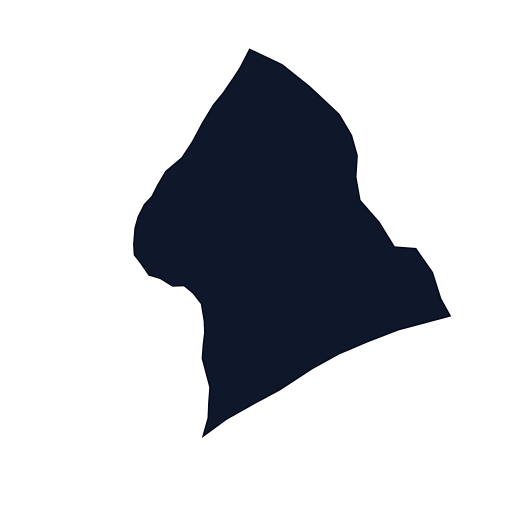 Koutsoventis, Cyprus, rotated 142°
{"feature_id": "46923920B77233656237897", "entity_name": "Koutsoventis", "entity_type": "district", "adm_level": 2, "iso_a3": "CYP", "parent_name": "Cyprus", "parent_adm1": "", "projection": "natural_earth1", "projection_center": [33.428, 35.265], "detail": "fine", "context": "isolated", "style": "filled", "palette": "ink", "viewbox_px": 512, "rotation_deg": 142, "n_neighbors": 0, "source": "geoboundaries", "source_scale": "gbopen_adm2", "svg_char_len": 818}
<svg xmlns="http://www.w3.org/2000/svg" viewBox="0 0 512 512"><g transform="rotate(142 256 256)"><path d="M253.9,378.9L275.0,378.1L290.2,372.1L301.2,366.9L312.2,365.2L324.9,359.2L334.2,352.3L345.2,340.3L351.1,331.7L351.1,321.5L352.0,306.9L345.2,297.4L340.1,283.7L330.8,276.9L328.3,265.7L328.3,252.0L336.7,236.6L343.5,227.1L352.0,218.6L361.3,208.3L367.2,194.6L373.1,180.8L383.2,169.7L393.4,157.7L408.6,146.6L379.7,145.7L348.0,140.9L319.4,136.0L281.3,132.8L251.1,128.0L220.9,119.9L189.2,110.3L139.9,89.3L136.8,108.7L127.2,134.4L125.6,163.4L141.5,177.9L138.3,206.9L139.9,235.9L128.8,256.8L114.5,272.9L106.6,292.2L103.4,316.4L106.6,337.3L109.7,356.7L117.7,390.5L133.8,422.7L152.4,414.1L162.5,410.6L181.2,404.6L196.4,401.2L216.7,393.5L236.1,384.9L253.9,378.9Z" fill="#0f172a" stroke="#020617" stroke-width="1.5"/></g></svg>